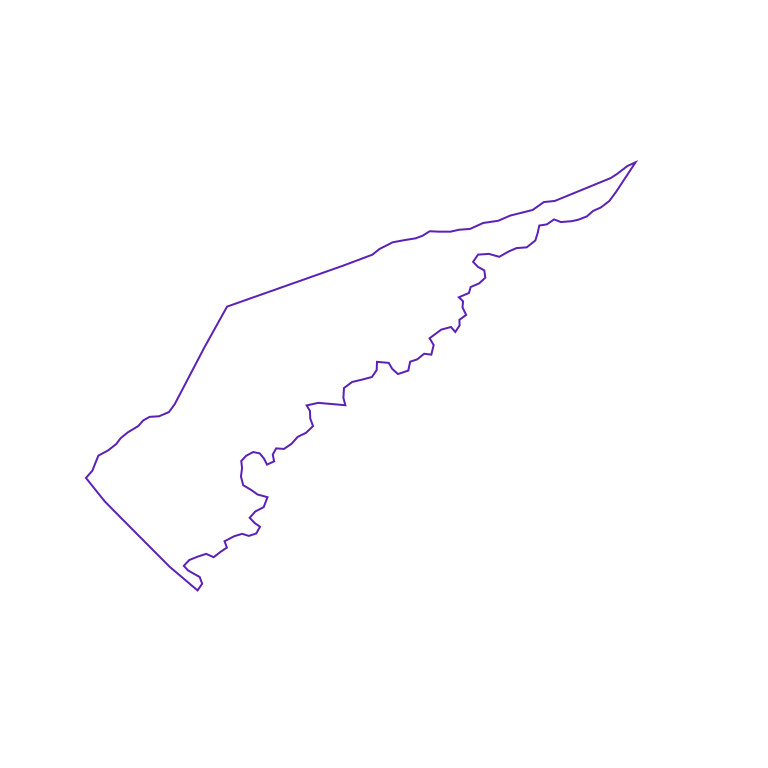 outline of São Miguel do Aleixo, Sergipe, Brazil, rotated 70°
{"feature_id": "56859067B31115724178454", "entity_name": "São Miguel do Aleixo", "entity_type": "district", "adm_level": 2, "iso_a3": "BRA", "parent_name": "Brazil", "parent_adm1": "Sergipe", "projection": "equal_earth", "projection_center": [-37.356, -10.368], "detail": "fine", "context": "isolated", "style": "outline", "palette": "violet", "viewbox_px": 768, "rotation_deg": 70, "n_neighbors": 0, "source": "geoboundaries", "source_scale": "gbopen_adm2", "svg_char_len": 1878}
<svg xmlns="http://www.w3.org/2000/svg" viewBox="0 0 768 768"><g transform="rotate(70 384 384)"><path d="M283.1,100.6L261.7,71.8L262.4,80.7L266.4,93.4L268.0,100.6L270.4,160.9L267.7,171.6L271.3,184.8L268.9,207.8L269.7,220.7L266.6,235.8L267.7,250.1L264.7,260.8L263.6,269.4L259.6,280.4L256.1,288.8L257.9,297.2L257.9,304.5L255.8,315.6L253.8,327.5L255.6,342.0L258.5,350.7L258.8,382.2L257.6,505.0L288.4,540.5L331.5,587.7L336.8,595.7L337.4,606.4L334.7,615.5L335.9,622.8L339.4,629.1L341.8,641.2L344.8,649.9L348.9,656.3L352.1,666.2L353.6,676.9L365.8,687.8L370.3,696.2L398.7,686.6L419.5,677.1L461.8,657.5L482.5,647.9L514.2,629.8L509.5,623.2L502.3,623.2L496.8,628.0L492.0,632.0L486.4,634.3L482.8,627.2L482.5,618.3L482.8,609.2L488.5,603.3L485.8,594.9L484.0,587.6L477.2,587.6L475.8,576.8L476.3,568.5L480.5,563.0L480.8,555.2L475.7,549.3L470.7,552.9L463.8,556.0L459.8,548.6L458.5,539.1L450.5,532.2L444.6,540.6L437.8,545.3L431.0,550.9L422.1,550.1L414.4,546.1L407.6,544.5L404.3,538.1L403.2,530.2L406.6,524.6L412.9,522.3L419.7,521.5L419.1,513.7L412.3,512.7L407.6,507.4L410.8,500.2L408.5,491.2L404.1,483.1L403.2,474.0L399.3,465.1L391.1,465.1L384.1,462.8L377.7,464.0L379.2,452.3L385.1,439.6L390.7,427.6L383.2,426.9L374.1,423.0L371.2,413.3L372.4,402.9L373.3,393.0L368.4,386.1L360.8,383.0L365.8,372.3L372.6,371.1L379.4,367.5L379.7,356.6L372.0,351.8L372.2,344.3L369.3,335.9L372.6,329.5L364.4,324.0L356.6,325.5L354.6,318.7L352.5,311.7L353.3,301.6L359.5,299.2L354.8,292.9L349.5,291.2L347.2,283.2L338.7,284.0L333.4,281.4L328.1,284.0L327.5,273.0L322.5,269.4L322.0,260.2L318.7,252.4L311.6,250.9L306.0,255.7L299.7,258.5L294.6,251.4L297.6,240.9L303.9,232.2L302.1,221.4L301.6,213.0L304.4,203.2L300.9,192.7L294.6,187.9L288.2,183.9L289.7,176.4L287.5,167.9L292.3,162.4L295.2,152.0L296.1,144.9L295.9,136.0L292.9,128.4L292.3,120.0L289.1,109.7L283.1,100.6Z" fill="none" stroke="#5b21b6" stroke-width="2"/></g></svg>